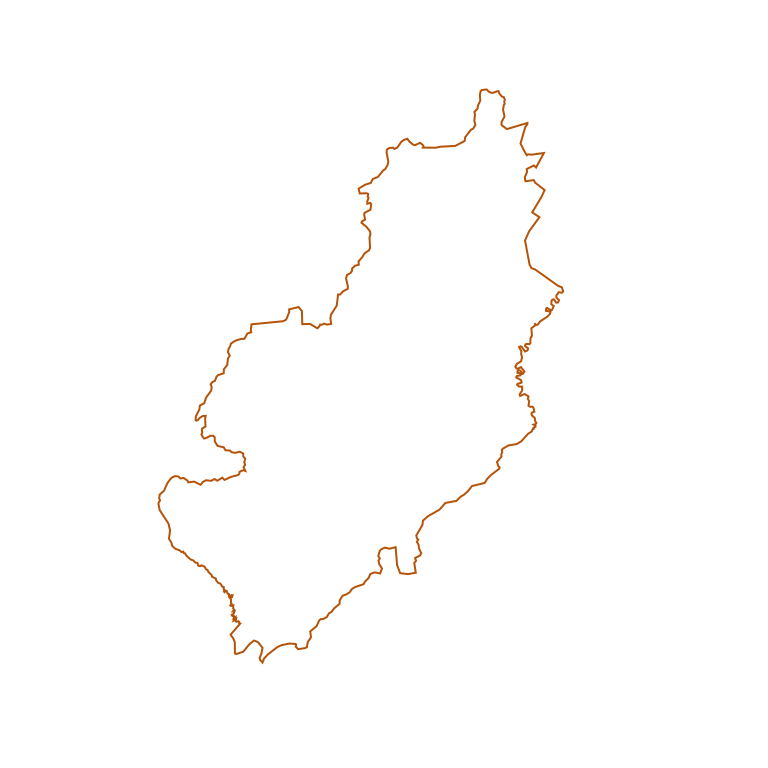 outline of Azangaro, Puno, Peru, rotated 214°
{"feature_id": "86281439B39141147012266", "entity_name": "Azangaro", "entity_type": "district", "adm_level": 2, "iso_a3": "PER", "parent_name": "Peru", "parent_adm1": "Puno", "projection": "robinson", "projection_center": [-70.147, -14.836], "detail": "fine", "context": "isolated", "style": "outline", "palette": "amber", "viewbox_px": 768, "rotation_deg": 214, "n_neighbors": 0, "source": "geoboundaries", "source_scale": "gbopen_adm2", "svg_char_len": 6149}
<svg xmlns="http://www.w3.org/2000/svg" viewBox="0 0 768 768"><g transform="rotate(214 384 384)"><path d="M508.1,166.9L506.4,163.4L504.5,162.2L504.6,159.9L503.8,158.3L499.4,154.0L484.5,147.7L479.4,142.9L475.8,135.5L471.6,133.6L468.9,131.3L464.7,130.7L460.5,131.8L457.8,131.4L456.7,132.8L455.4,131.9L454.3,132.3L451.1,131.0L446.4,130.4L443.3,131.1L440.5,130.4L438.7,131.4L436.4,129.6L434.6,130.2L434.2,131.4L431.0,132.3L427.6,130.8L426.4,131.2L424.7,130.1L419.9,129.2L418.8,128.0L414.7,128.7L413.3,127.3L410.5,126.4L407.9,127.0L404.8,125.6L403.3,126.1L402.0,124.0L400.7,124.1L400.8,122.7L399.9,122.2L399.5,123.9L398.7,124.4L396.7,122.9L394.9,123.0L393.5,121.1L392.3,123.8L391.4,124.2L390.8,122.4L391.8,120.4L390.1,119.6L388.6,117.1L387.4,116.6L387.6,114.5L386.8,114.4L385.2,116.3L383.5,113.5L382.1,113.2L382.1,111.1L380.9,112.2L380.2,109.4L381.2,107.4L380.0,106.9L378.5,107.7L377.7,105.7L376.9,107.3L376.3,103.8L375.4,105.3L376.0,106.5L375.5,107.1L374.4,104.5L373.3,104.4L372.1,105.9L370.9,105.8L370.1,104.4L369.3,104.8L371.0,90.4L366.5,88.7L363.2,86.4L356.9,77.2L355.5,77.5L351.0,83.3L350.1,93.0L348.4,98.5L347.1,99.0L343.9,99.5L337.1,97.3L334.9,92.0L334.0,87.5L332.4,86.0L329.0,85.1L329.9,89.2L329.1,94.8L325.3,106.2L322.9,110.2L317.2,116.0L312.0,119.0L311.1,118.8L310.4,117.0L307.0,116.1L301.6,121.0L300.8,122.9L302.9,127.4L302.9,133.2L306.8,137.6L304.5,145.6L305.5,151.7L304.9,153.7L302.7,155.6L301.1,158.8L301.4,163.1L300.1,165.5L299.8,170.5L297.9,176.9L299.7,179.8L300.0,185.2L297.6,188.5L296.0,192.1L295.9,196.3L294.4,199.5L289.0,206.6L289.3,209.7L288.3,214.4L289.1,218.9L286.3,222.7L281.3,224.7L282.5,229.9L287.2,232.0L289.8,234.5L289.9,237.0L292.5,238.1L294.1,243.1L293.9,245.4L291.8,248.8L287.4,250.5L283.1,255.2L271.9,241.2L264.8,236.2L257.8,239.8L252.1,245.3L258.9,252.6L258.5,255.3L260.9,257.1L258.2,262.1L258.5,264.6L263.0,267.2L265.4,270.1L268.5,271.5L268.5,274.1L270.1,274.3L272.5,276.4L273.3,288.6L275.3,292.5L273.7,298.8L267.7,311.0L266.6,319.7L258.6,327.6L257.4,333.7L255.9,336.6L254.5,341.9L254.0,348.6L245.2,358.3L245.4,363.0L244.4,368.4L241.1,378.2L241.6,379.6L243.2,379.8L246.7,382.5L246.0,389.5L247.3,391.0L247.9,393.8L249.4,395.0L249.4,396.6L246.6,402.5L240.3,408.5L238.1,413.4L236.7,423.4L235.0,427.2L235.5,429.9L234.8,430.6L235.6,431.5L234.5,433.1L235.0,434.1L237.2,434.0L235.9,435.5L235.8,436.8L237.7,437.6L240.1,440.2L243.6,440.6L245.2,441.9L245.4,443.0L243.9,445.1L246.7,447.8L248.2,448.2L250.1,446.8L252.1,446.8L254.0,450.9L256.6,452.2L257.1,454.3L257.9,454.6L262.0,454.2L264.4,450.2L265.8,451.3L265.8,455.8L268.0,459.1L270.7,457.4L273.2,457.8L273.4,458.8L270.8,461.8L271.1,462.7L272.9,463.9L278.0,463.3L278.3,464.9L275.9,467.3L275.7,468.5L277.6,468.9L279.6,467.9L280.6,469.6L280.1,470.7L278.5,471.3L274.6,470.2L274.5,472.8L279.9,474.6L281.6,471.5L282.9,471.0L284.8,471.7L285.1,474.9L283.1,479.4L284.5,483.4L287.0,485.5L288.5,488.0L292.7,490.1L291.9,491.6L290.7,491.8L285.2,489.8L283.8,492.2L284.6,494.2L287.9,494.2L288.7,494.9L288.6,496.7L285.6,498.5L285.5,499.8L288.1,503.7L288.3,506.7L293.0,512.6L291.4,517.2L293.1,518.4L290.9,518.0L289.7,519.3L289.6,523.2L286.4,530.7L285.6,534.8L286.4,537.1L290.6,535.2L291.8,537.4L291.3,538.3L287.9,538.3L286.1,539.4L286.8,543.5L289.8,543.7L291.8,546.8L291.4,548.4L290.3,549.2L286.8,547.7L285.3,548.9L285.8,551.4L289.6,552.2L290.6,553.9L290.5,557.8L287.6,559.1L287.2,560.9L290.6,563.6L294.8,562.7L322.6,563.5L326.6,562.5L330.2,564.5L347.3,581.8L349.1,591.8L348.4,609.2L357.1,609.2L358.1,627.5L359.3,634.6L371.1,635.4L373.8,636.8L380.1,631.2L382.8,634.0L384.0,639.8L385.9,642.0L381.9,649.0L379.0,648.5L380.6,664.9L389.6,656.9L393.0,654.9L393.5,653.5L397.5,655.3L405.3,659.7L410.6,676.1L410.4,679.5L411.1,680.6L424.6,664.1L431.4,664.4L433.0,667.0L433.7,673.2L438.7,678.0L440.6,682.2L440.6,683.8L442.1,685.1L442.9,687.4L445.0,688.8L447.1,688.2L450.8,689.3L452.6,690.8L453.4,690.6L456.5,686.3L458.0,685.4L460.4,684.9L463.6,685.6L467.3,682.4L467.7,680.9L466.2,677.3L462.6,672.7L461.8,667.1L460.4,664.7L461.2,660.1L459.4,658.5L456.3,652.7L453.1,649.9L452.9,645.5L454.1,643.4L454.7,633.9L453.0,630.6L458.1,621.2L470.0,612.2L473.4,608.7L483.9,601.8L483.9,602.9L484.9,603.7L488.9,604.2L491.9,599.2L494.0,598.7L498.7,599.2L501.7,600.4L503.8,597.8L505.1,594.3L505.2,587.5L506.8,584.7L508.7,585.0L511.5,582.6L512.7,580.0L511.5,577.6L504.7,570.7L503.5,567.6L503.2,562.8L504.2,560.3L504.8,552.3L507.9,547.7L507.4,543.3L511.0,538.8L514.3,531.8L510.7,528.4L504.9,532.5L503.3,532.7L502.2,530.1L500.8,529.6L500.1,526.3L498.6,524.1L496.6,526.5L495.1,525.9L492.7,520.9L495.8,515.1L495.2,513.3L491.6,509.7L493.2,506.4L492.9,505.1L486.4,504.5L480.9,502.7L479.1,500.8L478.0,497.4L471.6,489.0L471.2,486.4L473.2,481.4L472.9,477.2L473.7,471.5L471.6,468.8L474.2,465.7L475.0,462.0L473.8,459.8L473.8,457.3L475.7,453.7L474.4,450.2L468.5,444.7L467.3,442.6L469.9,437.6L470.3,433.8L472.1,432.6L467.0,422.4L466.7,411.7L465.1,408.4L461.4,404.3L464.4,401.4L467.4,400.5L468.6,398.5L470.1,397.6L469.8,395.7L470.4,392.9L478.9,392.5L485.2,387.9L492.8,398.5L497.8,400.1L504.4,392.8L502.8,390.6L501.3,383.9L501.3,382.1L502.9,379.5L527.2,359.4L524.6,354.2L523.0,352.7L525.5,349.5L525.0,343.5L528.2,340.9L531.7,336.4L533.5,331.9L532.5,328.6L532.5,326.2L531.2,323.2L527.7,321.2L527.7,318.0L524.6,312.1L525.0,306.7L522.9,303.2L526.6,298.5L526.9,296.2L525.9,292.0L527.3,289.9L527.6,286.8L525.2,285.2L523.6,282.0L523.9,273.2L522.3,267.5L524.6,263.2L522.8,259.5L521.9,251.9L519.8,248.6L518.9,248.8L518.2,249.9L517.8,253.0L516.3,256.2L514.0,257.9L513.2,255.7L508.2,248.9L509.8,245.5L509.6,244.5L507.5,242.0L507.0,239.9L502.9,238.1L501.5,239.3L499.0,243.9L496.7,245.6L494.6,245.2L492.2,241.8L487.4,239.6L481.4,241.9L478.4,240.4L474.6,242.6L472.0,242.3L468.7,243.8L465.7,247.2L461.9,247.7L460.1,245.2L457.2,244.4L456.1,241.0L454.0,239.4L454.0,236.6L450.4,234.4L452.3,233.9L453.7,232.2L454.6,230.3L453.7,228.6L454.1,226.9L459.0,221.3L462.6,215.3L465.7,215.9L468.1,210.6L471.4,210.4L473.1,207.1L477.7,204.7L479.4,201.5L479.7,197.9L486.8,196.9L491.3,193.0L492.9,194.0L497.5,194.1L500.0,191.8L502.8,192.3L505.7,190.8L507.5,187.9L508.0,185.3L508.1,180.3L506.7,172.6L508.1,166.9Z" fill="none" stroke="#b45309" stroke-width="2"/></g></svg>